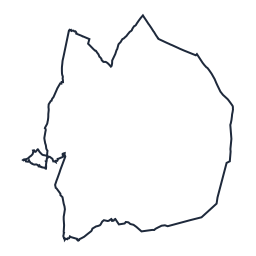 Amanalco, México, Mexico (Equal Earth projection)
{"feature_id": "50627088B28397416808425", "entity_name": "Amanalco", "entity_type": "district", "adm_level": 2, "iso_a3": "MEX", "parent_name": "Mexico", "parent_adm1": "México", "projection": "equal_earth", "projection_center": [-100.016, 19.256], "detail": "fine", "context": "isolated", "style": "outline", "palette": "slate", "viewbox_px": 256, "rotation_deg": 0, "n_neighbors": 0, "source": "geoboundaries", "source_scale": "gbopen_adm2", "svg_char_len": 5428}
<svg xmlns="http://www.w3.org/2000/svg" viewBox="0 0 256 256"><path d="M211.7,73.9L210.0,71.4L208.8,69.7L207.4,67.9L206.4,67.3L204.4,65.1L202.6,62.8L196.9,54.1L195.8,55.3L191.1,53.4L186.4,51.5L184.4,50.7L180.2,48.9L179.7,48.7L178.5,48.1L171.7,45.0L170.4,44.5L169.2,43.9L166.5,42.7L161.6,40.4L160.3,39.8L158.4,38.9L158.3,38.6L158.2,38.5L158.1,38.2L157.8,38.1L157.4,37.3L156.0,35.3L154.5,32.8L153.9,31.8L153.5,31.4L151.3,27.9L148.9,24.4L148.6,24.1L146.2,20.4L143.9,17.0L142.9,15.4L140.7,18.0L138.7,20.7L136.7,23.6L136.0,24.9L135.2,25.7L134.1,26.2L132.8,28.1L132.0,29.6L131.8,30.3L130.8,31.2L129.8,31.8L129.6,32.0L128.9,32.9L127.8,34.2L126.3,36.2L125.5,36.8L123.7,38.5L122.4,39.1L121.4,40.7L120.9,41.6L120.5,42.2L119.6,43.1L118.7,44.0L118.3,44.9L118.2,45.4L117.2,49.1L116.5,50.2L115.3,54.0L112.4,60.1L112.2,60.4L112.1,63.4L111.6,65.9L110.9,66.6L110.4,65.9L109.8,65.4L109.7,65.4L109.4,64.8L109.1,64.5L108.8,64.3L108.7,64.2L108.4,63.9L108.2,63.7L107.8,63.3L107.5,63.0L106.7,62.5L105.9,62.0L105.5,61.9L105.2,61.9L104.5,61.9L103.9,62.0L102.9,61.5L102.8,61.2L102.5,60.7L101.9,60.5L101.7,60.1L101.5,59.7L101.4,58.8L101.1,58.4L100.2,57.3L99.4,56.7L98.5,54.4L97.1,52.6L96.0,50.9L95.7,50.7L95.5,50.8L95.3,50.8L95.2,50.7L93.8,49.5L90.0,45.6L88.1,43.7L89.4,39.1L82.5,36.2L82.4,36.3L81.6,35.8L76.2,33.6L76.4,32.8L76.3,32.6L76.0,32.0L75.4,31.3L74.5,31.5L74.0,31.1L73.6,30.7L73.2,30.6L72.4,30.7L72.0,30.7L71.6,30.9L71.4,30.5L71.1,30.5L70.8,30.4L70.8,30.2L70.6,30.3L70.4,30.0L70.1,30.1L69.7,29.9L69.5,30.6L69.2,30.7L68.9,30.7L63.8,55.2L63.2,58.0L62.7,60.1L62.5,61.4L62.4,62.6L62.3,63.7L62.2,64.6L62.0,66.4L61.9,67.8L61.9,71.0L62.0,73.7L62.2,74.6L62.3,75.2L62.5,75.6L62.7,76.1L62.8,76.5L62.8,77.0L62.8,77.4L62.7,77.8L62.6,78.3L62.7,78.8L62.9,80.1L63.0,82.1L61.6,82.0L61.4,83.6L60.2,83.4L59.5,84.6L57.3,88.4L56.5,90.3L53.5,97.1L52.3,98.6L51.8,99.6L51.7,100.0L51.6,100.4L51.6,100.6L50.7,101.1L48.7,104.3L48.6,105.2L48.6,105.9L48.5,106.7L48.5,107.5L48.6,108.1L48.7,109.4L48.7,110.2L48.5,112.2L48.3,114.2L48.3,116.1L48.2,118.0L48.0,119.4L47.9,120.4L47.7,121.1L47.5,122.2L47.3,123.3L47.0,124.1L46.4,125.2L45.6,126.7L45.2,127.4L45.0,127.8L45.0,128.0L44.9,128.2L45.3,128.6L45.6,129.1L45.7,129.7L45.7,130.5L45.6,130.8L45.4,131.7L44.3,138.1L44.6,140.1L44.9,141.8L45.0,142.0L45.1,143.0L45.7,144.8L45.9,145.6L46.3,148.7L46.9,149.9L47.5,150.8L47.3,152.2L47.2,153.8L47.0,154.9L47.3,155.3L47.4,155.5L46.3,155.7L44.3,155.2L43.2,155.1L41.9,154.4L40.6,153.0L39.9,152.3L39.1,151.2L38.0,149.4L37.8,149.3L37.6,149.4L35.6,151.8L34.7,151.6L34.0,150.3L33.0,150.5L33.5,152.0L33.1,152.3L32.8,153.7L32.4,154.4L31.2,155.7L29.9,156.6L27.8,158.5L26.1,159.2L25.0,159.3L24.6,159.3L24.2,159.4L23.8,159.5L23.5,159.6L23.0,160.0L23.6,160.4L24.2,160.1L24.9,160.0L25.3,160.1L25.5,160.3L25.9,160.8L26.0,161.0L26.0,161.4L27.1,161.6L27.7,161.7L28.3,161.7L28.4,161.4L28.5,161.1L28.7,160.9L29.0,160.4L29.1,160.7L29.1,161.1L29.2,161.3L29.7,161.5L30.1,162.1L30.4,162.6L30.8,162.9L31.7,163.5L32.1,163.5L32.3,163.9L33.6,164.4L34.4,164.6L34.6,164.6L36.2,164.4L36.7,164.6L37.3,164.8L37.6,165.1L38.1,165.3L38.4,165.7L38.5,166.1L38.6,166.4L38.8,166.4L39.2,165.9L39.2,165.6L39.2,165.3L39.3,165.2L39.6,165.5L39.5,165.8L39.5,166.0L39.6,166.3L39.8,166.6L40.7,166.9L41.1,166.8L41.6,166.9L41.9,167.2L41.9,167.3L42.3,167.4L44.8,167.8L45.1,167.4L45.0,167.9L45.1,168.0L45.5,168.6L46.0,168.6L46.0,168.0L46.1,167.4L45.9,167.0L45.8,166.4L45.6,165.6L46.2,166.7L46.0,164.7L46.4,161.9L45.9,161.5L45.8,161.3L46.1,161.2L46.3,161.0L46.5,161.0L46.7,160.8L46.6,160.6L46.6,160.3L46.7,159.3L46.8,159.3L47.1,158.1L47.1,157.7L47.8,157.7L48.1,157.2L48.6,156.9L49.7,156.8L52.4,158.8L53.3,161.4L54.4,161.3L55.7,162.1L55.5,161.2L55.7,160.8L57.3,160.8L57.8,159.7L57.6,159.0L57.6,158.9L58.6,158.7L59.3,158.4L60.6,157.8L62.2,157.2L63.3,156.5L63.2,156.0L63.0,155.5L62.7,155.1L62.6,154.5L62.7,153.8L64.0,153.3L64.7,153.1L64.6,154.3L64.6,155.1L65.2,156.1L65.3,156.6L60.4,169.7L59.5,172.5L57.2,178.9L56.6,180.4L55.1,184.9L55.6,187.1L55.7,187.8L56.6,188.5L60.4,193.7L60.4,195.1L62.5,197.2L63.7,203.7L64.5,206.4L64.9,209.3L64.2,213.8L63.7,216.7L63.7,219.5L64.1,225.2L63.7,231.6L63.7,232.2L64.1,232.7L63.7,233.6L63.7,234.1L63.7,234.3L63.6,234.7L63.5,235.2L63.3,236.0L63.6,237.1L64.0,237.9L64.0,238.2L64.5,238.1L64.7,238.4L64.8,239.7L65.1,239.3L65.4,238.9L65.7,239.2L66.2,239.0L66.6,239.0L66.9,238.8L67.4,239.1L67.9,238.3L68.4,238.4L69.2,238.2L69.9,236.4L71.0,237.1L76.5,238.7L76.7,238.8L76.9,239.5L77.4,240.0L77.5,239.8L77.8,240.4L78.3,240.6L78.7,240.3L78.9,239.8L79.2,239.9L79.5,239.1L81.1,238.4L84.1,236.8L84.6,236.4L87.7,233.9L91.3,231.1L92.0,229.8L92.4,228.6L96.1,226.4L97.9,226.0L99.8,225.3L100.6,224.5L102.2,221.6L103.9,220.2L107.6,221.0L108.8,220.8L109.2,220.4L111.3,219.0L111.9,219.7L111.6,220.0L111.8,220.8L112.8,220.9L113.8,220.5L114.6,219.3L115.3,219.0L118.9,224.4L124.6,223.5L125.8,222.0L127.5,222.2L128.5,222.4L130.3,224.0L133.5,224.8L136.4,226.9L141.5,231.4L152.4,229.9L154.2,230.0L155.5,228.8L157.6,227.7L161.6,225.7L164.9,225.3L167.7,226.2L190.4,220.1L201.5,217.3L216.6,203.6L217.5,197.5L226.6,162.9L229.8,161.3L230.6,151.6L230.4,149.1L231.4,138.9L230.5,127.4L230.3,124.9L230.8,123.3L231.2,121.3L231.5,119.8L231.7,118.1L231.9,116.7L232.0,115.5L232.1,114.4L232.6,112.0L232.8,110.6L233.0,109.5L232.9,108.8L232.9,107.9L232.9,107.3L232.8,106.5L232.5,105.7L230.5,102.9L228.8,100.6L227.7,99.2L222.9,94.8L220.4,91.6L217.3,85.2L216.2,82.8L215.2,80.4L214.7,79.2L211.7,73.9Z" fill="none" stroke="#1e293b" stroke-width="2"/></svg>